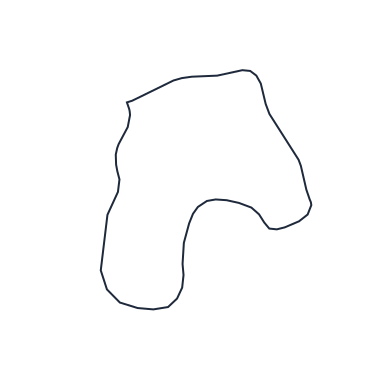 the border of F.C.T., rotated 307°
{"feature_id": "PAK-1110", "entity_name": "F.C.T.", "entity_type": "Capital Territory", "adm_level": 1, "iso_a3": "PAK", "parent_name": "Pakistan", "parent_adm1": "", "projection": "equal_earth", "projection_center": [73.083, 33.648], "detail": "fine", "context": "isolated", "style": "outline", "palette": "slate", "viewbox_px": 384, "rotation_deg": 307, "n_neighbors": 0, "source": "natural_earth", "source_scale": "10m", "svg_char_len": 850}
<svg xmlns="http://www.w3.org/2000/svg" viewBox="0 0 384 384"><g transform="rotate(307 192 192)"><path d="M122.9,138.2L147.5,132.8L158.4,126.5L163.7,119.8L168.2,114.9L176.0,108.6L182.1,105.8L186.1,104.6L205.2,101.6L216.2,96.2L219.0,93.6L220.4,92.0L224.4,86.1L228.9,89.3L269.9,110.1L276.8,115.3L284.0,122.5L300.1,142.1L319.6,158.9L323.7,165.6L323.7,173.3L320.0,181.7L306.7,197.8L300.9,206.9L281.9,257.7L278.4,263.2L262.7,281.9L256.8,290.6L255.8,292.4L255.1,293.4L253.3,295.2L243.6,297.9L233.0,295.1L219.5,287.3L213.2,282.2L209.3,275.7L211.1,268.1L214.5,259.0L215.3,248.8L211.5,236.0L206.3,224.6L200.3,215.4L193.8,209.3L183.6,205.7L175.2,205.9L165.2,208.6L146.5,216.1L128.8,227.8L120.6,235.2L109.7,241.7L97.9,244.2L85.7,242.1L75.0,231.8L66.6,218.4L60.3,200.9L63.0,182.7L74.5,166.3L122.9,138.2Z" fill="none" stroke="#1e293b" stroke-width="2"/></g></svg>